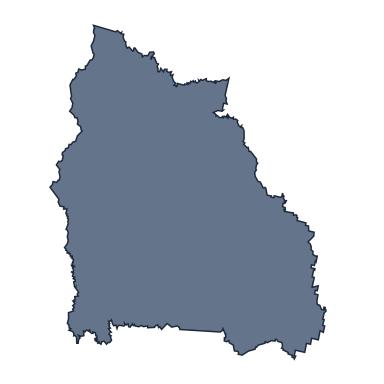 Armidale, New South Wales, Australia, rotated 184°
{"feature_id": "25037944B44637712818530", "entity_name": "Armidale", "entity_type": "district", "adm_level": 2, "iso_a3": "AUS", "parent_name": "Australia", "parent_adm1": "New South Wales", "projection": "equal_earth", "projection_center": [152.07, -30.435], "detail": "fine", "context": "isolated", "style": "filled", "palette": "slate", "viewbox_px": 384, "rotation_deg": 184, "n_neighbors": 0, "source": "geoboundaries", "source_scale": "gbopen_adm2", "svg_char_len": 5883}
<svg xmlns="http://www.w3.org/2000/svg" viewBox="0 0 384 384"><g transform="rotate(184 192 192)"><path d="M301.9,351.4L300.4,348.3L301.3,347.5L301.4,344.3L299.8,341.5L300.7,335.8L302.8,330.7L300.4,323.6L299.2,322.7L299.8,319.0L300.9,317.0L302.9,316.4L305.5,311.0L307.1,310.2L307.0,307.0L311.0,306.0L313.5,306.8L314.3,303.3L316.2,302.4L315.5,299.5L317.8,295.9L318.7,296.1L321.2,290.1L318.8,278.9L319.7,276.8L317.1,272.2L317.6,267.6L319.7,264.1L315.2,260.5L313.9,257.9L311.9,258.1L310.6,254.6L311.1,251.7L307.6,249.4L306.9,246.1L305.8,245.2L310.2,240.1L311.6,234.5L314.6,233.3L315.7,231.0L317.9,230.9L318.5,227.5L321.1,226.4L321.6,224.3L323.9,222.4L324.2,220.1L322.9,219.2L323.7,214.6L325.3,213.2L327.2,213.3L329.2,209.5L325.5,205.4L326.1,203.0L324.7,197.9L325.3,194.6L326.4,194.4L327.6,192.1L331.3,192.7L331.9,189.4L334.0,186.9L324.2,175.4L324.8,172.7L322.8,168.8L318.6,168.2L318.9,166.0L315.6,166.4L316.3,161.6L315.0,161.3L315.4,159.5L314.0,159.0L314.4,157.0L313.4,156.4L313.8,153.5L313.2,152.1L315.0,145.9L313.8,145.4L312.6,142.9L313.3,138.7L312.1,135.1L312.8,131.6L315.3,127.7L313.7,126.0L313.9,125.1L312.5,124.6L312.2,122.3L310.7,123.0L310.3,121.7L309.3,121.9L309.0,119.7L307.6,119.7L307.8,118.6L306.9,119.2L306.9,117.0L305.6,116.7L305.4,115.1L306.3,114.0L305.8,113.2L306.6,112.4L306.1,111.3L307.2,110.6L306.3,109.3L305.5,110.4L303.9,109.7L305.8,107.9L304.7,105.9L305.3,103.8L307.1,104.1L305.3,102.9L304.3,104.0L305.4,99.6L303.9,98.6L302.6,99.4L304.4,97.2L302.4,96.4L302.3,94.7L303.7,94.4L302.7,89.7L302.0,88.6L301.3,89.5L301.3,88.0L298.1,83.9L299.4,82.3L298.2,80.3L301.7,79.5L301.2,76.8L302.1,76.0L301.3,74.9L303.1,74.9L301.1,72.3L303.1,70.3L301.4,68.7L302.9,66.8L301.8,65.1L306.8,63.0L306.3,56.5L307.2,52.4L305.2,50.1L305.1,47.8L303.3,47.2L305.1,45.5L301.2,44.5L299.8,42.1L300.0,40.3L298.8,40.8L297.1,39.2L296.4,33.1L295.0,33.2L294.8,37.0L293.5,38.5L295.2,41.1L292.9,40.3L289.9,41.1L290.4,45.8L289.1,45.0L287.7,46.9L285.0,45.8L284.6,48.1L284.0,45.2L282.1,44.0L280.9,44.1L281.0,45.5L278.5,44.8L278.0,42.0L277.1,42.2L276.6,40.2L278.7,38.8L278.5,37.5L277.6,36.8L276.1,39.2L276.7,36.2L274.4,36.2L275.9,34.1L274.4,35.1L272.1,33.8L271.7,36.2L269.4,37.1L266.6,34.2L265.2,36.1L263.8,36.0L261.9,38.4L263.3,41.8L262.6,42.9L264.9,44.1L263.9,46.5L262.9,46.6L265.8,49.7L263.9,50.5L265.5,52.4L265.0,53.4L265.9,54.5L264.9,55.0L266.2,57.4L264.2,57.6L263.5,58.8L261.9,54.7L260.7,53.1L258.6,54.0L257.3,50.6L256.7,52.9L255.2,54.0L250.6,53.5L249.7,54.8L250.1,56.4L248.3,54.7L246.7,56.1L245.7,53.2L244.4,52.8L242.1,56.3L241.3,54.7L240.2,55.8L239.6,54.4L235.6,53.9L233.2,55.3L231.2,54.3L226.9,55.2L226.8,53.5L219.9,54.3L219.9,55.3L217.1,57.1L215.8,54.4L214.7,55.4L212.8,52.8L207.6,59.0L202.8,55.8L197.2,57.4L195.0,55.7L194.6,54.0L154.1,54.3L152.1,55.9L151.6,57.9L149.3,53.3L147.8,52.8L149.0,52.7L148.2,50.5L148.4,49.0L149.5,49.0L149.4,45.7L146.9,45.1L144.8,46.3L144.3,44.2L140.2,42.2L138.6,36.4L135.1,36.3L134.2,34.5L134.6,33.4L130.6,32.8L124.5,37.3L118.2,39.5L117.6,41.7L116.7,41.7L115.4,43.8L108.7,46.2L108.5,47.9L106.5,46.9L102.6,49.2L98.7,49.1L98.5,50.6L97.5,51.0L95.8,48.9L91.9,48.1L90.9,44.6L91.8,42.5L90.1,41.9L90.2,40.8L84.8,38.6L84.9,37.2L80.4,35.9L80.6,34.1L78.9,33.8L78.3,32.6L77.1,35.5L78.6,35.8L77.8,41.4L68.4,39.9L67.2,49.0L63.2,48.4L62.4,54.5L55.7,53.3L54.5,62.6L51.2,61.1L50.3,67.6L52.3,68.0L51.3,74.0L52.7,74.2L51.7,80.6L50.0,82.5L50.4,84.0L51.3,83.8L51.0,86.1L52.3,86.3L52.7,83.5L54.6,83.9L56.7,88.0L59.0,88.4L59.8,91.4L59.2,98.3L62.6,99.0L62.2,102.6L60.2,102.2L59.5,107.2L65.5,105.3L64.1,115.3L66.2,115.7L65.2,122.7L64.2,122.5L64.0,124.0L68.0,124.8L67.6,127.7L64.8,127.2L64.2,131.6L63.4,130.7L62.5,137.4L63.3,136.3L67.1,138.1L67.1,141.0L69.3,143.0L69.2,145.5L70.4,148.4L72.8,150.2L67.5,156.4L67.4,160.4L72.9,161.4L73.4,166.2L76.5,166.7L76.2,169.1L85.2,170.9L84.8,173.8L85.8,174.1L85.6,175.6L86.5,176.5L89.1,175.9L89.4,178.2L98.2,179.0L99.0,180.9L97.6,180.7L98.0,182.9L100.6,183.8L100.5,186.7L98.7,187.1L99.2,188.3L97.9,188.2L97.3,189.9L98.8,189.9L99.8,191.3L101.0,193.9L99.3,194.0L100.8,194.6L101.6,197.3L102.0,194.1L103.3,192.8L109.7,194.0L110.0,192.0L112.7,192.4L112.5,193.6L116.8,194.1L118.6,200.8L119.5,201.7L121.3,201.0L124.5,206.6L126.9,207.2L130.1,212.1L130.8,215.8L129.3,218.6L130.0,219.4L129.7,223.0L128.5,225.4L129.7,226.1L130.0,229.5L136.4,236.6L137.9,236.5L139.1,240.5L140.3,240.2L143.7,243.1L142.7,244.7L144.5,245.8L143.7,248.8L144.4,256.8L145.8,259.6L147.2,259.8L147.1,261.7L148.5,260.3L150.1,261.7L151.7,264.9L151.3,266.5L153.4,267.8L155.7,267.5L155.9,269.5L157.5,268.3L160.1,269.5L160.9,268.6L160.7,270.5L161.7,271.7L162.1,268.4L162.8,270.4L163.4,269.2L164.8,269.8L165.9,268.3L166.5,269.7L168.1,268.1L170.4,268.4L172.0,270.0L173.4,269.5L173.5,271.0L176.3,272.8L171.9,275.1L167.5,274.7L166.4,275.9L167.6,275.7L166.6,282.8L163.1,282.2L164.4,285.2L164.1,287.4L165.7,290.6L163.1,308.1L165.9,305.7L169.1,306.1L172.7,304.1L176.3,304.5L175.5,302.8L176.5,302.0L177.7,303.7L178.7,302.8L180.4,303.8L184.2,303.4L185.6,304.5L185.6,306.0L189.6,304.0L191.1,304.9L192.2,303.3L193.1,304.0L192.6,302.6L194.2,301.4L195.6,301.2L196.4,303.0L198.0,301.8L198.6,303.0L199.9,301.8L201.1,302.3L201.7,300.1L203.3,300.7L203.3,299.5L204.4,300.1L204.1,299.0L206.6,299.3L207.2,298.0L214.2,299.3L214.2,296.9L215.4,295.6L214.9,297.0L217.4,297.2L215.9,299.2L218.3,301.6L219.8,305.3L219.2,307.7L221.2,306.7L221.9,307.3L220.9,310.6L223.5,309.7L225.7,310.6L225.5,312.6L228.0,312.5L228.9,309.9L231.7,313.2L232.7,309.8L234.5,309.7L234.5,312.9L235.6,314.6L234.5,317.4L236.3,318.1L238.7,323.4L240.9,324.1L241.8,321.8L242.4,322.1L242.1,323.9L239.3,327.2L240.1,329.0L243.9,328.5L245.5,324.9L249.3,324.8L250.9,323.3L251.7,326.2L255.6,327.5L259.0,331.7L260.0,331.5L260.2,328.9L261.0,328.4L264.8,332.2L266.8,331.0L268.2,333.8L268.6,337.3L269.9,337.9L271.6,341.9L271.0,344.5L273.8,345.0L273.4,346.4L274.6,345.5L277.7,347.8L279.0,346.4L301.9,351.4Z" fill="#64748b" stroke="#1e293b" stroke-width="1.5"/></g></svg>